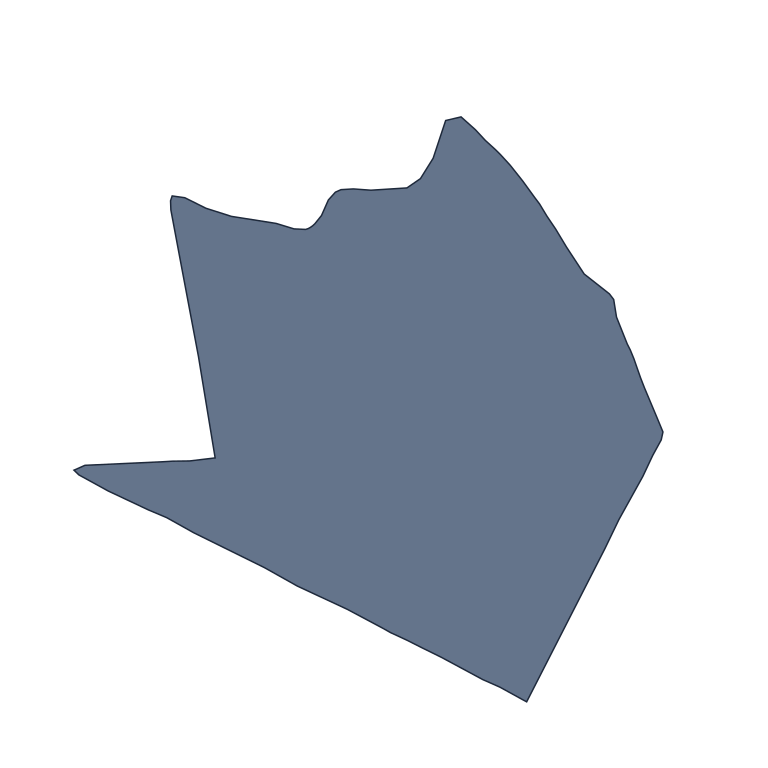 Tactic, Alta Verapaz, Guatemala, rotated 193°
{"feature_id": "79465075B42752756974630", "entity_name": "Tactic", "entity_type": "district", "adm_level": 2, "iso_a3": "GTM", "parent_name": "Guatemala", "parent_adm1": "Alta Verapaz", "projection": "albers", "projection_center": [-90.334, 15.294], "detail": "fine", "context": "isolated", "style": "filled", "palette": "slate", "viewbox_px": 768, "rotation_deg": 193, "n_neighbors": 0, "source": "geoboundaries", "source_scale": "gbopen_adm2", "svg_char_len": 1119}
<svg xmlns="http://www.w3.org/2000/svg" viewBox="0 0 768 768"><g transform="rotate(193 384 384)"><path d="M173.5,106.4L131.7,273.3L124.6,304.7L111.0,352.2L106.1,374.8L101.3,391.9L101.4,400.0L110.1,412.2L119.7,425.5L129.3,438.8L135.5,447.9L141.7,457.7L146.1,464.7L151.7,472.6L155.9,477.6L172.5,501.5L179.2,518.0L184.6,522.5L213.7,536.2L237.0,558.5L251.6,573.6L263.0,584.2L272.9,594.4L279.1,599.6L294.5,613.0L310.2,625.5L322.1,633.7L327.9,637.3L340.0,644.1L352.1,652.3L369.0,661.6L383.2,654.6L386.9,615.0L394.7,592.3L405.8,580.2L440.3,569.9L457.7,567.2L469.6,563.7L474.5,560.0L479.6,550.8L482.8,534.1L487.4,524.6L489.1,522.1L491.0,520.0L492.8,518.4L495.1,517.0L506.5,514.9L525.2,516.2L570.4,513.0L597.1,515.2L620.0,520.7L632.7,519.6L633.2,514.5L630.8,505.6L613.0,464.9L571.0,369.1L531.9,274.0L556.1,265.3L572.8,261.2L583.0,258.2L657.1,237.5L666.7,230.3L660.9,226.8L628.7,217.7L585.2,208.3L565.7,204.9L536.1,196.3L459.3,178.2L423.0,167.6L369.2,156.2L330.8,145.9L321.6,143.2L304.4,139.6L287.2,135.4L266.7,130.6L221.3,118.2L203.0,114.7L178.6,107.8L173.5,106.4Z" fill="#64748b" stroke="#1e293b" stroke-width="1.5"/></g></svg>